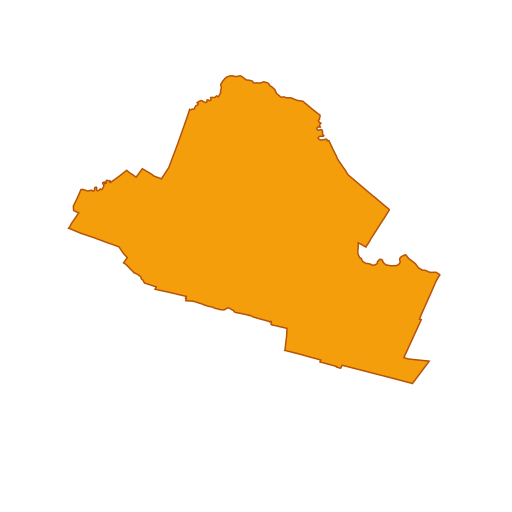 Ciocanesti, Dâmbovita, Romania, rotated 338°
{"feature_id": "2599482B43170479222573", "entity_name": "Ciocanesti", "entity_type": "district", "adm_level": 2, "iso_a3": "ROU", "parent_name": "Romania", "parent_adm1": "Dâmbovita", "projection": "natural_earth1", "projection_center": [25.852, 44.613], "detail": "fine", "context": "isolated", "style": "filled", "palette": "amber", "viewbox_px": 512, "rotation_deg": 338, "n_neighbors": 0, "source": "geoboundaries", "source_scale": "gbopen_adm2", "svg_char_len": 6080}
<svg xmlns="http://www.w3.org/2000/svg" viewBox="0 0 512 512"><g transform="rotate(338 256 256)"><path d="M357.4,130.0L356.8,129.7L352.5,127.1L350.3,125.1L348.7,123.3L348.0,122.7L347.5,122.4L344.6,121.2L343.7,120.8L343.0,120.3L342.2,119.5L341.1,118.8L340.5,118.6L339.9,118.5L339.2,118.3L338.4,117.8L337.9,116.7L336.2,113.6L335.9,112.9L335.9,112.4L335.9,111.2L335.8,110.2L335.9,109.1L335.7,108.3L335.1,107.4L334.4,105.7L333.8,104.7L332.6,103.3L332.5,102.8L332.6,102.1L332.2,100.8L331.7,100.0L329.5,98.1L327.8,97.2L326.3,97.4L325.3,97.3L323.4,96.7L321.0,95.5L319.5,95.3L319.1,95.0L318.9,94.8L318.7,94.2L318.3,93.3L318.1,92.5L317.8,92.2L317.4,92.0L315.8,90.6L313.6,89.5L312.9,89.0L311.1,86.0L310.2,84.5L309.3,83.4L309.1,83.1L308.5,82.9L305.1,82.3L304.3,82.0L301.5,80.0L300.9,79.7L298.8,79.2L296.5,79.1L295.1,79.3L293.9,79.7L290.5,81.5L289.7,82.2L288.0,83.3L287.5,84.0L287.2,84.6L287.2,85.2L287.2,85.9L287.1,86.5L285.2,89.5L284.4,90.6L284.4,91.5L283.2,92.4L282.7,92.7L280.7,94.3L279.5,92.8L278.4,93.1L277.2,93.7L275.3,92.7L273.3,92.1L273.1,93.6L272.4,94.6L271.1,94.7L270.2,93.4L269.0,93.0L268.7,93.9L267.8,94.9L266.7,94.8L265.7,93.8L264.1,91.8L263.3,91.3L261.1,91.3L258.8,91.8L259.2,92.6L259.4,93.5L258.5,94.1L256.6,94.1L254.7,95.6L254.0,96.5L252.9,96.3L251.8,95.9L250.3,96.0L249.5,95.8L249.3,95.3L245.7,99.7L225.5,122.6L208.2,141.4L197.2,149.0L191.5,143.8L189.6,140.7L183.3,132.5L174.4,138.0L171.2,133.1L170.8,132.9L168.2,128.1L159.4,130.7L148.4,133.4L148.0,132.8L148.3,132.6L148.8,132.4L148.9,131.9L148.7,131.4L148.2,131.2L147.2,131.0L146.8,130.6L146.5,130.1L146.1,129.9L145.6,130.0L145.2,130.2L144.9,130.8L144.7,131.6L144.5,132.3L143.9,132.5L143.0,132.3L142.9,132.1L143.1,131.7L143.4,131.4L143.4,130.9L143.1,130.6L142.3,130.5L141.5,130.6L141.2,130.9L141.0,131.7L141.3,132.3L141.4,132.9L141.3,133.7L140.9,134.3L138.9,136.1L138.1,136.5L137.6,136.6L137.3,136.4L137.1,135.8L136.7,135.5L136.1,135.6L135.1,136.2L134.1,136.4L133.4,136.2L132.9,135.4L133.0,134.7L133.6,133.9L133.9,132.8L133.7,132.3L132.9,132.1L131.9,132.4L131.5,133.0L131.0,134.4L129.9,134.9L129.3,134.9L128.8,134.7L128.3,133.5L127.8,133.2L127.1,133.1L126.0,133.1L124.5,132.8L123.2,131.9L122.3,130.9L120.9,130.1L120.6,129.5L120.1,129.2L119.3,129.1L118.6,128.8L115.3,132.1L110.5,136.7L105.2,141.4L105.1,141.7L104.9,142.9L104.2,144.4L104.0,145.1L104.1,145.7L104.2,145.9L107.8,149.6L99.7,155.0L97.6,156.3L96.3,157.3L94.6,159.0L92.6,160.0L102.5,169.7L111.9,177.7L124.6,189.3L126.8,191.1L131.7,195.6L132.3,195.9L133.6,201.7L134.1,204.3L136.1,209.2L130.6,212.8L131.2,213.7L131.8,214.3L132.2,214.9L133.7,218.6L134.4,220.5L134.8,221.4L135.4,222.8L135.9,223.9L136.3,224.9L136.4,225.6L136.7,226.1L137.3,226.3L138.2,227.5L138.9,228.2L139.7,229.2L140.1,230.1L141.2,231.6L141.3,232.0L141.1,234.4L142.0,235.9L142.1,236.2L142.4,238.8L142.6,239.4L142.8,239.7L143.8,240.3L145.2,241.6L152.0,247.3L149.9,249.0L161.8,257.1L176.3,267.4L174.8,268.7L175.4,269.3L174.1,271.1L175.2,271.7L179.3,273.6L181.7,275.0L183.9,276.9L185.9,278.6L187.7,280.0L188.7,281.0L189.3,281.6L193.4,285.1L194.0,285.4L196.5,287.1L198.5,289.2L201.5,291.3L202.2,292.0L204.2,293.1L205.9,293.9L206.6,294.0L207.8,293.9L210.1,293.5L210.6,293.5L210.9,293.7L211.8,294.5L214.0,297.4L214.6,298.0L214.8,298.5L214.9,299.4L215.2,299.9L215.4,300.2L216.2,300.9L217.1,301.5L218.0,302.0L220.0,303.3L225.7,307.2L227.0,308.3L227.2,308.1L229.8,310.5L230.6,311.5L234.1,314.3L243.4,321.4L243.8,321.9L244.0,322.2L244.9,322.0L245.2,322.1L245.6,322.6L245.2,323.5L244.7,324.1L244.4,325.0L244.5,325.5L257.6,334.7L254.4,341.7L247.7,353.8L247.3,354.3L260.6,364.0L266.3,368.5L277.0,376.6L275.6,378.2L289.2,388.5L288.9,388.7L288.9,389.0L292.4,391.8L295.0,389.6L343.4,425.4L353.4,432.9L353.9,432.5L355.4,431.5L356.4,431.0L363.1,426.9L363.4,426.7L363.6,426.6L377.2,418.4L375.2,417.2L374.8,417.1L359.7,409.1L359.3,409.0L355.1,405.7L355.5,405.2L385.4,376.9L383.9,375.7L389.7,369.9L405.3,354.9L412.8,347.5L413.9,346.5L417.6,343.6L419.1,342.7L419.4,342.3L419.2,341.8L416.8,338.5L411.5,336.5L409.7,335.0L407.8,332.8L404.7,331.3L403.8,329.8L402.2,327.8L400.9,322.8L399.4,320.1L396.8,315.9L396.1,313.8L395.6,311.8L395.1,310.9L394.6,310.7L390.6,311.0L388.7,311.8L387.7,313.3L387.6,315.5L385.8,317.0L382.8,317.6L377.4,315.6L374.4,313.6L374.0,313.6L373.4,313.3L373.4,313.0L372.2,311.2L371.7,309.8L371.4,308.6L371.6,308.5L371.6,308.0L371.6,307.5L371.5,306.8L371.3,306.6L370.8,306.1L370.4,305.8L369.3,305.4L368.4,305.8L367.8,306.4L366.7,306.6L366.4,306.9L366.3,307.2L365.6,308.3L363.7,308.8L362.8,308.8L361.6,308.5L360.0,307.7L358.9,306.2L358.0,305.7L356.7,304.7L355.7,304.4L355.0,303.9L353.2,301.5L352.8,300.4L352.7,299.7L352.7,298.0L352.4,297.3L351.8,296.6L351.6,296.5L351.3,293.6L351.4,292.2L351.6,291.1L352.0,290.0L352.9,288.4L355.1,283.9L355.4,282.7L355.7,282.1L358.1,284.8L360.6,288.1L361.3,288.9L362.0,288.2L365.5,285.9L367.7,284.2L368.0,283.8L370.5,282.0L386.6,270.6L389.7,268.5L393.3,265.8L396.3,263.7L396.6,263.4L396.8,263.2L396.9,262.9L396.8,262.4L394.6,258.4L390.4,250.5L388.1,245.9L387.9,245.6L387.2,244.6L371.8,215.2L371.3,212.6L371.2,212.3L371.1,210.7L370.8,209.4L370.7,208.7L370.2,207.3L369.5,203.6L369.0,201.8L368.9,200.9L368.7,200.4L368.3,198.5L368.0,196.6L367.9,195.5L368.0,193.0L367.8,192.0L367.2,184.1L366.8,176.4L366.7,176.3L365.2,175.8L365.4,175.1L365.3,174.3L364.7,173.8L361.9,173.5L360.1,172.9L359.1,172.5L358.2,171.3L358.0,170.8L357.8,170.3L357.9,169.9L358.1,169.5L358.6,169.2L360.0,169.0L360.5,169.1L362.9,170.1L363.5,170.2L364.0,169.7L363.8,169.2L363.5,168.7L363.4,168.0L363.5,167.5L364.0,166.4L364.3,165.3L364.4,163.8L364.0,163.4L363.5,163.1L363.0,162.9L361.4,163.0L361.0,162.8L360.5,162.3L360.1,161.5L360.0,161.1L360.1,160.6L360.8,159.9L361.7,159.7L362.8,160.0L363.5,160.5L363.8,160.6L364.1,160.5L364.1,160.3L363.9,160.1L363.5,159.8L363.5,159.4L363.6,159.1L363.9,158.6L364.5,158.1L365.1,157.7L365.7,157.4L365.9,157.1L365.9,156.9L365.4,156.7L365.0,156.3L364.7,155.4L364.5,153.9L364.7,153.6L366.0,153.2L366.4,152.1L367.2,151.3L367.7,150.5L368.0,149.9L367.9,149.3L368.0,149.0L367.4,148.4L363.9,142.1L363.0,140.6L357.4,130.0Z" fill="#f59e0b" stroke="#b45309" stroke-width="1.5"/></g></svg>